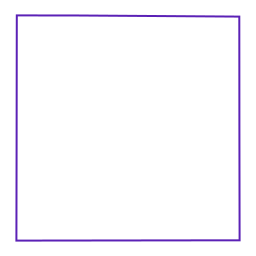 the district of Stephens, Texas, United States of America
{"feature_id": "52423323B77635562535718", "entity_name": "Stephens", "entity_type": "district", "adm_level": 2, "iso_a3": "USA", "parent_name": "United States of America", "parent_adm1": "Texas", "projection": "orthographic", "projection_center": [-98.883, 32.736], "detail": "fine", "context": "isolated", "style": "outline", "palette": "violet", "viewbox_px": 256, "rotation_deg": 0, "n_neighbors": 0, "source": "geoboundaries", "source_scale": "gbopen_adm2", "svg_char_len": 215}
<svg xmlns="http://www.w3.org/2000/svg" viewBox="0 0 256 256"><path d="M16.4,240.6L239.6,240.3L239.4,129.0L239.3,16.6L78.9,15.5L16.8,15.4L16.6,142.4L16.4,240.6Z" fill="none" stroke="#5b21b6" stroke-width="2"/></svg>